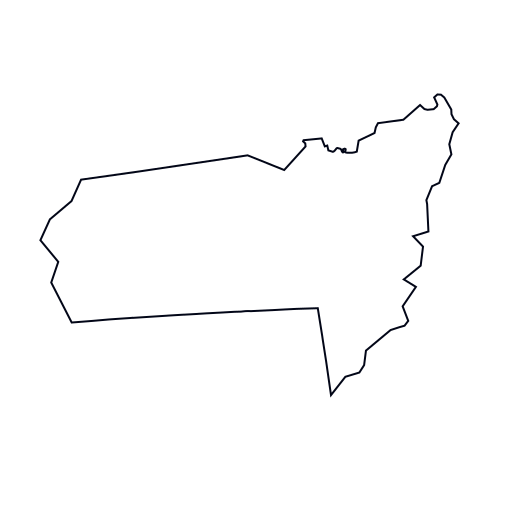 Wicomico, Maryland, United States of America, rotated 175°
{"feature_id": "52423323B57942162225750", "entity_name": "Wicomico", "entity_type": "district", "adm_level": 2, "iso_a3": "USA", "parent_name": "United States of America", "parent_adm1": "Maryland", "projection": "natural_earth1", "projection_center": [-75.697, 38.394], "detail": "fine", "context": "isolated", "style": "outline", "palette": "ink", "viewbox_px": 512, "rotation_deg": 175, "n_neighbors": 0, "source": "geoboundaries", "source_scale": "gbopen_adm2", "svg_char_len": 1554}
<svg xmlns="http://www.w3.org/2000/svg" viewBox="0 0 512 512"><g transform="rotate(175 256 256)"><path d="M255.6,357.0L364.9,350.4L423.6,347.3L435.0,326.8L458.1,310.5L469.4,290.5L453.5,267.4L462.3,247.4L445.4,205.8L435.2,205.7L424.5,205.6L408.7,205.6L407.9,205.6L396.6,205.4L386.9,205.2L384.3,205.2L384.2,205.1L350.1,204.3L348.9,204.3L334.2,203.9L332.2,203.8L319.4,203.4L318.4,203.4L310.7,203.2L292.9,202.6L292.4,202.6L282.5,202.3L275.8,201.9L271.9,202.0L269.2,201.9L265.7,201.5L243.1,200.6L230.9,200.2L220.4,199.8L218.5,199.7L199.0,198.6L197.0,170.5L196.8,166.9L195.3,144.7L194.3,126.7L193.4,110.9L177.5,127.9L163.2,130.9L157.8,137.9L154.7,152.2L128.4,170.5L119.3,172.6L114.1,173.6L110.0,178.1L114.3,193.1L99.4,211.3L110.8,219.8L92.8,232.0L88.8,250.8L97.8,262.0L82.1,265.4L81.0,292.8L81.4,296.8L74.5,310.2L67.0,312.9L59.5,330.3L52.5,340.2L53.7,350.5L49.3,362.2L42.6,370.5L46.9,375.0L48.9,380.2L48.7,384.9L54.6,397.5L57.7,400.6L61.2,401.1L64.7,398.5L62.1,391.1L62.7,389.4L66.2,386.8L72.4,386.7L75.4,387.7L79.4,392.1L97.3,378.9L122.9,377.7L125.4,373.8L127.2,368.2L143.7,362.0L146.5,351.2L148.7,350.7L151.2,350.5L154.0,350.7L156.5,351.0L157.5,351.3L158.0,351.6L158.1,352.4L157.4,354.0L157.5,354.8L158.3,355.2L159.9,354.8L160.2,354.3L160.1,353.5L159.7,352.4L160.0,351.7L160.6,351.7L161.3,352.7L161.7,354.2L162.5,355.4L165.5,356.5L166.3,356.3L168.4,354.1L169.6,353.3L170.4,353.1L174.7,354.9L175.4,359.8L177.9,359.2L180.3,367.4L198.5,367.2L199.1,366.1L197.1,363.9L197.1,360.8L220.4,339.2L255.6,357.0Z" fill="none" stroke="#020617" stroke-width="2"/></g></svg>